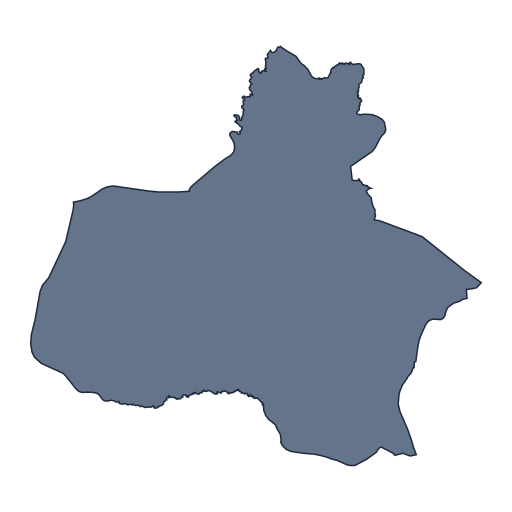 Sahatsakhan, Kalasin, Thailand (orthographic projection)
{"feature_id": "78962969B18941921206705", "entity_name": "Sahatsakhan", "entity_type": "district", "adm_level": 2, "iso_a3": "THA", "parent_name": "Thailand", "parent_adm1": "Kalasin", "projection": "orthographic", "projection_center": [103.587, 16.732], "detail": "fine", "context": "isolated", "style": "filled", "palette": "slate", "viewbox_px": 512, "rotation_deg": 0, "n_neighbors": 0, "source": "geoboundaries", "source_scale": "gbopen_adm2", "svg_char_len": 5964}
<svg xmlns="http://www.w3.org/2000/svg" viewBox="0 0 512 512"><path d="M280.3,46.4L279.7,47.0L277.6,47.3L276.1,50.7L274.3,52.1L273.1,52.6L271.8,52.3L270.4,50.4L268.9,52.8L267.7,53.8L267.4,54.6L267.9,57.9L267.0,58.3L265.8,58.1L265.3,58.6L265.9,62.5L265.4,66.8L266.4,67.8L266.1,68.4L264.8,68.8L264.5,69.3L265.8,70.3L266.0,71.4L263.6,70.7L261.9,71.1L261.2,71.8L261.4,73.0L260.7,73.4L259.0,71.9L258.8,69.2L257.8,68.5L257.1,68.9L256.4,70.0L255.1,70.2L253.0,72.6L250.4,74.4L250.3,75.6L251.5,76.7L251.7,77.4L249.6,80.2L249.4,81.0L249.7,82.0L251.9,83.8L250.4,84.9L250.2,86.8L249.3,87.4L249.2,87.9L249.9,90.0L251.6,91.6L252.6,95.0L251.9,95.1L250.3,94.1L250.1,96.9L248.1,96.5L245.4,97.5L244.8,96.4L244.2,96.2L243.0,96.5L242.2,97.6L242.2,97.9L244.6,99.4L244.8,99.9L244.6,100.4L243.4,100.6L243.0,101.8L243.6,103.6L243.4,104.8L241.7,106.3L241.9,107.9L244.0,109.3L243.1,111.9L243.4,114.3L242.3,116.1L241.4,120.1L240.4,120.4L239.3,119.8L239.9,118.2L238.4,115.4L234.5,114.8L233.8,115.3L234.5,116.4L236.4,117.6L236.3,118.8L237.1,120.3L236.8,120.9L235.1,121.1L235.2,121.9L239.1,124.8L240.0,126.4L241.8,127.0L242.1,127.5L241.2,130.7L239.3,131.7L240.4,133.1L240.1,133.8L238.2,134.5L237.5,133.6L237.2,132.2L232.8,131.4L231.5,131.8L230.0,133.3L229.7,134.8L230.0,135.8L233.5,141.7L234.3,144.2L234.5,148.0L234.0,151.2L233.4,152.4L230.6,155.5L224.3,159.4L214.8,166.5L191.3,186.5L189.4,189.2L189.3,191.3L177.3,192.0L158.9,192.0L149.1,191.1L114.3,186.1L111.8,186.1L107.0,187.0L102.4,188.9L91.2,196.6L87.2,198.6L80.1,200.8L73.4,202.1L73.7,205.3L73.1,210.1L65.7,241.7L48.8,277.6L42.5,285.2L40.1,291.4L35.2,319.0L31.3,335.0L30.7,343.8L32.0,352.1L34.4,357.1L41.3,363.4L63.2,373.4L65.5,375.7L75.7,388.5L78.8,391.4L82.0,392.4L91.3,392.2L96.1,393.0L98.7,394.3L102.6,399.5L104.2,400.7L106.5,401.1L111.3,400.3L114.6,400.9L115.3,401.7L116.9,402.1L118.7,401.4L119.2,401.7L119.1,403.2L120.0,403.7L122.8,404.1L125.4,403.6L127.8,404.9L130.0,404.3L132.4,404.9L133.1,404.1L134.3,405.1L135.8,405.6L138.2,405.1L140.2,406.6L142.1,406.1L145.0,407.5L146.6,407.3L147.7,406.7L148.1,407.1L151.3,407.1L153.0,405.9L153.6,406.9L154.4,406.9L154.2,407.9L156.0,408.2L156.5,407.7L158.0,407.4L158.8,406.7L158.6,406.2L159.0,405.8L160.2,405.9L162.4,405.1L163.5,403.5L164.0,401.5L165.3,401.0L166.0,399.7L166.8,399.7L166.6,398.4L166.8,397.6L167.9,397.2L168.5,397.7L169.1,395.6L169.6,395.9L169.8,397.1L171.1,397.5L171.9,397.2L173.2,397.3L174.3,397.8L175.0,397.5L176.3,399.0L177.0,399.2L177.7,398.7L178.6,399.0L180.9,398.5L181.4,397.1L182.0,396.9L182.7,397.1L182.6,395.6L184.1,394.8L185.4,394.9L186.2,396.4L187.2,397.1L187.5,396.8L188.2,396.9L187.5,395.8L188.7,396.2L189.2,395.2L191.9,394.7L192.4,394.1L192.3,393.6L193.1,393.6L193.4,393.1L194.1,393.8L195.1,392.3L197.4,394.1L199.2,394.0L199.9,392.9L202.2,392.6L202.0,391.8L203.5,390.2L203.8,391.1L204.5,390.7L205.4,391.3L206.8,391.3L208.4,390.5L210.3,391.1L215.2,394.1L217.3,393.9L217.3,393.0L216.8,392.3L217.4,391.7L220.5,393.1L221.7,392.6L221.5,391.8L222.2,391.2L223.8,391.4L225.0,390.9L227.2,392.0L227.3,392.9L228.9,393.8L229.2,392.7L230.2,392.5L230.7,393.0L233.9,392.3L233.9,391.5L234.5,391.1L235.4,391.3L236.5,390.5L237.5,390.3L237.3,389.8L238.0,389.8L238.6,389.3L239.3,391.5L241.0,391.6L241.3,393.0L241.9,393.2L243.1,392.8L244.6,394.0L245.5,393.8L245.8,393.3L246.9,393.6L247.9,394.2L247.5,395.2L248.2,395.4L248.3,396.2L248.8,396.5L249.4,396.4L249.5,395.5L251.1,396.2L251.7,395.6L251.6,395.1L252.2,395.7L252.5,397.2L253.1,397.4L253.4,396.9L253.7,397.0L253.9,397.8L254.4,397.4L255.1,398.5L257.4,398.0L261.6,402.4L262.6,402.7L262.2,404.5L262.4,404.8L263.2,404.3L263.8,404.8L263.4,406.1L263.8,410.4L265.7,415.5L268.6,419.3L275.8,425.1L276.5,427.8L280.3,434.2L281.1,439.9L280.8,442.4L282.6,445.8L286.0,449.2L288.8,450.6L291.8,451.6L303.5,453.3L314.2,454.2L320.7,455.5L328.5,457.7L331.2,458.9L336.9,460.4L347.5,465.0L351.8,465.6L355.1,465.4L366.6,459.3L376.3,452.3L378.2,449.1L379.7,447.7L381.1,447.0L392.9,453.1L395.0,455.3L402.9,453.3L410.2,456.0L416.3,454.7L413.6,447.6L411.1,439.0L407.6,429.2L400.1,411.9L398.2,404.3L399.0,394.4L399.7,391.7L402.5,384.9L407.0,378.5L407.9,376.6L411.2,372.9L413.1,367.9L414.1,367.6L414.3,362.1L415.8,361.6L417.9,346.5L419.2,340.1L421.1,334.8L426.1,323.9L428.8,320.8L432.7,319.1L440.8,319.6L443.1,318.3L444.8,315.9L446.2,310.6L448.0,307.2L453.5,303.2L459.4,301.4L462.8,299.3L467.0,298.4L466.4,289.4L471.4,288.9L476.6,287.7L481.3,282.7L464.2,270.3L422.1,236.6L380.0,220.9L374.2,219.8L375.5,215.7L374.9,213.1L375.0,209.7L373.4,207.1L372.0,203.1L371.2,197.7L368.0,194.4L366.4,191.3L366.9,190.1L367.7,189.9L368.7,188.6L369.3,188.8L369.6,188.3L370.8,188.2L367.6,186.6L367.5,185.8L366.5,185.5L365.8,185.8L363.7,184.7L362.5,184.6L361.5,182.0L359.6,180.8L359.6,179.5L359.0,179.0L357.7,180.6L353.7,180.5L352.2,180.0L350.6,166.4L372.2,151.5L375.4,147.4L379.3,139.7L381.3,136.4L384.8,132.6L385.8,129.5L384.3,122.1L381.9,119.2L376.9,116.4L372.1,114.6L364.6,114.2L359.6,114.8L357.9,114.2L356.9,113.3L357.1,111.9L359.4,109.6L359.0,106.8L359.7,106.5L359.5,105.3L360.2,104.4L359.8,103.2L361.7,100.9L360.3,98.2L359.8,98.3L359.7,98.9L359.0,98.4L359.0,97.9L358.4,98.0L358.3,97.1L357.9,96.7L358.4,95.9L357.5,95.6L358.2,94.5L357.4,92.9L358.1,92.2L357.4,92.0L357.7,91.3L358.4,90.9L358.7,87.6L359.2,87.0L358.7,84.6L361.7,82.1L362.2,79.0L363.5,77.5L362.7,76.5L362.9,75.2L363.9,74.7L363.9,69.0L361.1,64.6L360.2,63.9L358.4,63.7L352.8,64.5L349.9,61.8L350.2,62.5L349.4,62.9L349.6,64.2L349.1,63.7L347.4,63.8L347.1,63.3L345.9,63.1L344.4,64.3L344.0,63.4L343.3,63.4L343.2,63.9L342.3,63.6L341.9,64.0L341.7,63.1L340.0,63.5L339.6,63.0L338.7,63.6L338.9,64.2L338.1,64.8L336.5,65.1L335.7,65.8L335.7,66.3L333.9,67.3L333.8,67.8L333.0,67.5L332.9,68.0L331.8,68.7L331.1,70.1L330.7,70.3L331.1,72.3L330.4,72.8L327.8,78.0L325.8,78.0L324.7,77.6L321.6,79.2L321.2,78.5L320.2,79.2L319.6,79.2L319.8,78.6L319.3,78.6L319.0,77.9L317.4,78.8L315.6,78.7L313.1,77.5L311.4,75.9L308.0,69.5L304.1,65.5L301.0,63.4L296.1,56.4L285.3,50.0L280.3,46.4Z" fill="#64748b" stroke="#1e293b" stroke-width="1.5"/></svg>